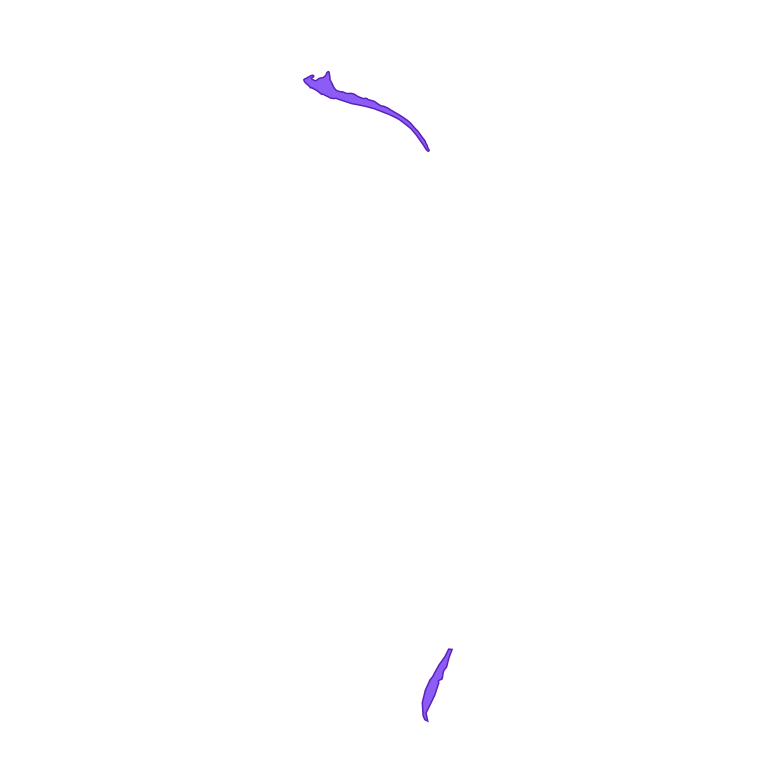 the district of Funafala, Tuvalu, rotated 138°
{"feature_id": "33948139B32530222463199", "entity_name": "Funafala", "entity_type": "district", "adm_level": 2, "iso_a3": "TUV", "parent_name": "Tuvalu", "parent_adm1": "", "projection": "mercator", "projection_center": [179.105, -8.593], "detail": "fine", "context": "isolated", "style": "filled", "palette": "violet", "viewbox_px": 768, "rotation_deg": 138, "n_neighbors": 0, "source": "geoboundaries", "source_scale": "gbopen_adm2", "svg_char_len": 2584}
<svg xmlns="http://www.w3.org/2000/svg" viewBox="0 0 768 768"><g transform="rotate(138 384 384)"><path d="M228.9,628.7L228.3,628.2L227.8,627.1L227.2,625.8L226.6,624.8L220.4,614.0L216.3,608.7L211.9,602.6L206.7,594.6L206.1,593.2L205.3,591.7L201.2,583.6L200.1,581.5L197.1,574.3L195.7,570.3L195.1,567.4L194.2,562.5L193.1,555.5L193.4,547.1L195.0,533.9L195.7,530.5L195.7,529.0L195.6,528.0L195.4,527.4L194.9,527.2L194.4,527.2L194.0,527.6L193.8,528.1L193.8,528.8L193.5,529.5L193.3,530.6L192.8,531.3L192.6,531.7L192.2,532.9L192.0,533.6L191.8,535.0L191.4,535.8L191.2,536.4L190.9,537.0L190.8,537.7L190.7,538.4L190.7,539.2L190.6,540.1L190.6,540.9L190.0,546.2L189.7,549.4L189.9,552.9L189.7,559.9L190.2,564.3L192.0,571.7L193.2,575.5L195.6,583.0L196.0,584.5L196.5,586.4L198.4,590.7L199.1,591.3L200.1,592.8L200.8,595.0L202.1,600.7L204.7,604.7L205.7,606.5L205.6,607.4L206.7,608.9L208.2,609.7L208.9,610.8L209.8,612.6L210.6,614.2L211.4,616.3L212.1,619.1L213.5,621.5L215.1,623.0L216.5,624.0L217.6,625.4L218.5,627.3L219.3,628.9L220.6,630.1L221.7,631.7L222.1,632.4L222.4,632.9L222.8,633.8L223.0,634.8L223.0,636.1L222.8,637.4L222.7,638.6L222.0,640.6L221.6,641.8L220.9,644.6L220.4,646.1L219.6,647.5L218.6,648.6L218.0,649.7L217.6,650.3L217.4,650.6L216.9,651.4L216.5,651.8L216.4,651.9L216.3,652.4L216.2,652.8L216.1,653.2L216.4,653.4L216.9,653.6L217.3,653.6L217.9,653.6L218.7,653.4L219.8,652.6L220.5,652.5L221.6,652.3L222.6,652.3L224.0,652.4L225.2,653.0L225.8,653.4L226.8,654.0L228.0,654.6L229.1,654.7L230.3,654.7L231.2,654.9L231.9,655.3L232.5,655.9L232.9,656.9L233.1,657.7L233.4,658.5L233.5,659.2L233.3,659.8L232.9,660.0L232.4,659.9L231.9,659.8L231.2,659.4L230.5,659.5L230.2,659.9L230.0,660.3L230.1,660.8L230.5,661.1L231.1,661.6L232.1,662.2L233.1,662.3L234.3,662.4L235.3,662.9L236.6,663.1L237.6,663.3L238.6,663.7L239.9,663.8L240.4,663.0L240.7,662.2L240.8,661.3L240.8,660.1L240.8,659.1L240.6,658.5L240.5,657.5L240.4,656.5L240.4,655.5L240.3,654.4L240.4,653.8L240.5,653.3L240.2,653.2L239.8,653.0L239.4,652.6L239.4,651.9L239.2,651.6L238.8,650.3L238.3,649.4L238.0,648.4L237.7,647.4L237.4,646.3L237.2,645.2L237.0,643.6L236.7,642.2L236.6,641.4L236.3,640.8L235.9,640.6L235.6,640.4L235.2,639.6L232.8,633.4L232.2,631.9L231.4,631.0L230.5,629.8L229.7,629.3L228.9,628.7ZM576.2,105.7L572.9,111.4L562.1,115.7L554.5,118.8L543.3,125.2L542.1,127.1L538.1,125.9L532.7,130.3L530.3,131.3L527.0,131.7L518.9,137.1L511.0,141.2L513.3,143.7L520.9,140.7L531.1,138.4L540.4,135.2L543.8,133.9L547.8,133.3L558.3,128.7L568.8,121.5L576.8,111.4L578.3,107.3L577.1,104.2L576.2,105.7Z" fill="#8b5cf6" stroke="#5b21b6" stroke-width="1.5"/></g></svg>